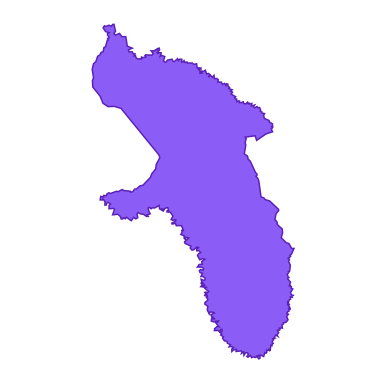 Paragominas, Pará, Brazil (Natural Earth projection), rotated 274°
{"feature_id": "56859067B66130405512387", "entity_name": "Paragominas", "entity_type": "district", "adm_level": 2, "iso_a3": "BRA", "parent_name": "Brazil", "parent_adm1": "Pará", "projection": "natural_earth1", "projection_center": [-47.632, -3.124], "detail": "fine", "context": "isolated", "style": "filled", "palette": "violet", "viewbox_px": 384, "rotation_deg": 274, "n_neighbors": 0, "source": "geoboundaries", "source_scale": "gbopen_adm2", "svg_char_len": 6001}
<svg xmlns="http://www.w3.org/2000/svg" viewBox="0 0 384 384"><g transform="rotate(274 192 192)"><path d="M142.8,297.7L142.7,295.3L147.4,292.3L147.8,289.8L152.6,284.2L157.4,285.2L161.5,284.6L165.1,279.7L168.0,278.9L170.5,276.6L176.3,277.4L179.3,279.7L180.7,279.6L188.5,270.1L189.5,265.5L191.1,264.3L191.9,261.2L207.2,258.0L210.3,256.7L212.2,254.6L213.4,255.7L214.8,255.4L215.5,254.2L226.9,247.9L228.7,245.7L231.8,244.8L233.7,241.5L242.7,242.4L244.6,241.6L249.3,242.3L250.4,241.3L252.5,251.0L248.0,252.9L255.1,261.8L257.7,268.2L260.4,266.6L261.6,267.8L262.6,267.0L262.6,268.0L265.6,267.5L267.0,264.6L268.7,263.8L270.5,259.1L273.4,258.1L275.3,258.9L275.6,256.3L276.8,256.1L277.5,254.3L278.6,254.7L281.0,253.5L280.8,251.7L281.8,250.9L280.3,248.4L281.7,247.4L283.1,248.3L281.9,245.2L284.5,245.5L283.7,243.0L284.7,242.7L284.2,241.3L285.4,241.1L283.6,239.3L283.9,237.3L285.6,236.9L284.6,234.9L284.6,232.9L286.0,233.1L286.2,232.4L285.3,230.4L287.9,230.0L287.9,228.6L289.2,228.0L290.1,228.9L292.4,224.2L294.4,225.5L295.4,223.7L295.1,222.7L296.8,224.9L297.7,221.5L298.8,222.2L300.3,220.4L302.1,220.3L302.4,218.9L300.7,218.4L302.6,217.0L301.4,214.9L303.7,213.6L303.5,210.0L305.8,210.5L307.0,208.6L306.6,206.5L309.9,205.8L307.9,204.2L309.5,202.6L307.6,200.2L310.3,201.9L311.4,200.2L310.8,198.3L314.4,196.9L313.2,195.0L313.3,192.6L311.3,193.9L311.0,191.6L313.1,191.9L314.7,189.8L315.5,190.6L315.1,192.3L316.3,192.3L316.3,188.5L320.2,187.6L319.5,184.9L320.7,183.3L320.3,178.3L321.3,178.1L320.8,175.7L322.5,174.9L320.9,173.9L320.7,172.7L323.7,172.6L323.6,170.4L322.1,169.3L324.0,168.3L320.9,165.4L321.2,163.9L323.1,162.9L321.9,158.4L319.7,156.9L319.7,155.6L321.2,154.4L325.2,155.4L326.2,152.2L325.0,150.8L328.6,151.6L328.9,149.8L327.9,148.3L328.4,147.4L331.7,149.8L333.3,149.1L332.4,147.2L331.4,147.6L331.3,145.5L330.2,145.1L330.0,141.4L327.4,143.7L325.7,142.4L325.6,136.3L324.8,135.5L323.6,136.5L322.6,133.8L323.1,132.2L320.5,132.5L321.4,132.0L320.9,128.7L322.0,126.8L324.1,126.1L323.7,124.8L325.8,125.5L325.8,123.8L327.7,122.6L327.4,119.4L329.4,118.7L331.3,122.4L333.0,117.3L342.3,115.1L342.1,111.3L345.1,108.6L343.2,104.6L344.7,103.0L346.9,104.5L353.8,102.5L353.7,101.3L351.7,99.7L352.6,97.5L351.2,94.7L351.7,93.0L349.5,91.9L346.0,94.6L345.1,98.2L344.1,96.7L342.9,96.7L340.6,98.6L339.3,97.1L338.0,98.1L337.5,96.9L330.8,95.6L330.1,94.1L325.8,93.6L324.9,91.6L322.2,90.5L320.8,88.4L315.3,87.0L313.1,84.8L307.4,83.9L299.0,85.8L296.2,84.9L289.8,85.7L281.1,93.7L274.3,97.0L271.3,102.3L272.0,108.6L270.4,115.4L226.6,156.5L224.0,157.5L217.0,154.4L212.6,154.2L207.3,150.6L203.7,149.5L195.3,142.5L194.4,139.5L191.1,136.3L190.9,134.5L188.1,132.9L187.6,130.7L188.5,130.3L188.7,124.1L189.6,122.1L187.3,118.7L187.4,116.4L184.9,111.1L185.4,109.2L184.4,107.5L182.4,106.9L182.4,104.1L180.8,104.1L181.3,101.3L177.7,100.9L177.8,103.3L178.7,103.7L176.5,105.8L172.8,106.1L173.0,107.4L174.9,107.7L175.9,108.9L174.3,111.6L173.0,110.2L169.5,110.4L170.1,114.7L169.4,115.9L163.7,114.4L164.6,119.5L162.7,122.1L160.1,123.3L160.3,124.8L161.5,125.2L160.7,127.5L162.3,128.2L159.1,133.4L162.6,135.6L161.3,137.9L162.6,139.7L166.6,138.7L167.7,139.8L166.5,142.1L166.4,145.1L164.4,148.4L164.6,150.0L166.1,148.8L167.3,151.8L170.7,149.9L173.1,149.5L173.7,150.5L172.4,152.4L173.4,153.4L173.5,156.0L176.3,160.1L172.9,160.8L171.0,164.7L171.6,165.1L173.0,163.8L172.8,165.6L174.3,167.0L174.7,168.9L171.8,170.0L171.7,168.6L170.4,168.3L170.3,171.8L166.6,174.7L163.0,173.1L162.4,174.8L163.3,177.7L161.7,177.7L159.7,174.1L158.7,174.3L159.4,177.7L157.3,178.7L157.7,183.9L153.0,186.1L152.7,184.9L153.5,184.2L151.4,185.0L148.8,183.8L148.0,187.1L145.3,187.4L144.2,188.7L146.4,188.6L146.0,191.9L141.8,188.0L140.2,188.7L137.9,194.7L136.0,194.1L134.0,196.0L134.5,197.8L137.6,200.9L137.0,202.4L135.6,200.8L133.6,200.8L134.1,202.9L132.2,204.9L130.9,202.8L128.9,201.9L124.9,204.6L126.2,206.7L125.8,209.5L123.3,206.5L120.7,207.3L120.2,204.2L117.5,202.6L117.7,207.0L116.6,208.9L114.7,208.5L115.3,206.1L114.0,204.8L112.2,205.6L111.6,208.1L108.3,206.8L108.5,208.8L107.0,211.2L105.3,211.0L104.7,209.8L105.6,207.2L102.9,208.0L101.5,207.4L100.8,208.3L102.0,209.2L99.8,211.2L99.2,210.7L99.8,208.5L98.2,207.3L97.8,212.8L96.8,211.6L93.9,215.6L92.2,214.0L93.2,213.0L92.7,211.7L91.4,212.9L89.7,211.9L89.1,213.5L90.5,213.2L90.3,214.2L88.6,214.7L87.7,213.8L86.3,215.2L84.8,215.0L82.8,212.7L81.1,212.6L79.0,215.8L75.6,215.4L71.5,217.7L73.6,218.3L73.5,221.7L72.8,222.7L70.9,219.4L67.9,220.9L68.6,221.6L67.7,221.8L67.0,224.0L67.0,220.4L64.6,220.2L64.0,222.3L65.3,227.3L64.1,226.7L63.3,224.7L59.5,228.2L59.9,226.7L57.2,224.1L55.3,224.0L55.7,227.7L54.7,229.2L57.0,230.5L57.0,231.5L55.4,231.8L53.8,229.7L52.7,231.6L51.3,230.6L49.7,233.5L48.3,232.7L45.8,234.7L45.3,237.6L43.6,237.8L42.3,241.0L40.1,239.8L40.6,241.8L39.8,244.3L38.1,242.6L35.7,242.9L37.3,244.3L38.1,247.2L36.0,247.1L36.9,252.2L36.0,253.0L34.4,252.6L36.0,254.7L32.7,255.2L35.3,256.7L35.5,258.5L34.1,259.6L31.8,258.2L31.1,259.3L33.0,261.7L30.9,263.1L31.8,264.9L31.3,267.0L32.6,268.3L30.2,270.2L30.9,271.4L32.9,271.3L33.4,269.1L34.2,271.4L32.9,275.0L37.0,275.8L36.3,277.1L37.3,277.8L39.6,277.5L39.3,278.9L40.5,279.6L39.1,280.4L39.4,281.1L44.6,281.3L44.2,282.5L46.6,282.7L46.5,284.2L47.3,282.6L49.1,282.6L50.2,283.7L51.2,282.8L52.0,285.1L52.6,284.1L55.1,285.5L54.0,287.7L55.4,286.8L57.7,288.3L60.0,286.8L60.4,289.0L62.2,288.6L61.7,289.6L62.9,290.4L62.5,291.7L65.5,291.0L66.8,292.5L67.9,292.3L68.7,295.0L71.2,296.7L74.6,295.1L76.8,296.7L77.3,295.0L79.3,295.7L79.7,296.9L82.1,296.9L81.6,297.9L82.5,298.1L83.0,296.6L83.9,297.5L85.5,296.0L86.5,297.0L87.1,296.5L86.1,295.7L86.9,295.1L88.9,295.2L88.2,295.8L91.4,296.6L92.0,297.8L94.3,297.5L94.1,299.1L94.7,298.6L96.0,300.1L96.3,298.3L98.6,297.3L102.3,299.3L103.2,297.5L104.5,297.7L105.1,295.9L105.5,296.7L106.6,295.9L109.0,296.6L111.7,293.7L112.9,293.6L113.4,295.2L113.6,294.1L116.4,292.7L118.3,294.1L119.3,293.7L119.8,294.9L126.0,295.2L129.1,293.3L131.7,293.9L132.6,292.5L134.5,294.8L135.7,294.0L136.7,295.5L142.8,297.7Z" fill="#8b5cf6" stroke="#5b21b6" stroke-width="1.5"/></g></svg>